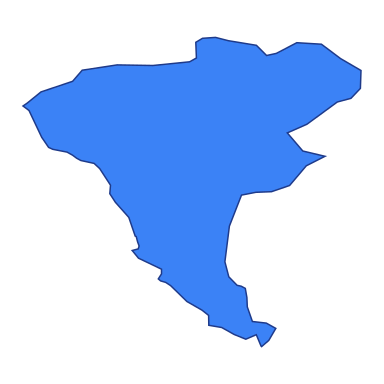 SVG path tracing the border of Ungheni
{"feature_id": "MDA-1623", "entity_name": "Ungheni", "entity_type": "District", "adm_level": 1, "iso_a3": "MDA", "parent_name": "Moldova", "parent_adm1": "", "projection": "equal_earth", "projection_center": [27.914, 47.242], "detail": "fine", "context": "isolated", "style": "filled", "palette": "blue", "viewbox_px": 384, "rotation_deg": 0, "n_neighbors": 0, "source": "natural_earth", "source_scale": "10m", "svg_char_len": 1081}
<svg xmlns="http://www.w3.org/2000/svg" viewBox="0 0 384 384"><path d="M245.8,339.2L234.2,334.5L221.7,327.5L208.8,325.3L208.6,315.4L201.9,310.1L186.9,301.5L170.6,285.6L165.7,282.4L160.6,280.9L158.3,278.9L161.5,273.9L161.5,269.2L138.5,258.2L132.2,250.5L138.2,248.9L139.1,246.0L137.6,241.9L136.2,236.5L135.2,236.1L128.8,217.4L115.4,202.3L109.8,193.7L110.5,185.2L99.7,168.6L94.1,163.4L80.8,160.5L76.6,158.2L72.6,155.2L67.0,152.1L52.7,149.3L48.6,147.4L41.7,137.3L29.0,110.5L23.0,106.0L27.2,103.1L41.0,91.9L72.6,81.3L82.2,70.2L117.1,64.9L152.9,65.5L189.6,61.8L196.4,58.0L195.8,42.3L202.5,38.3L215.5,37.4L228.4,40.7L256.4,45.3L266.6,55.5L276.3,53.4L296.8,42.7L321.4,44.2L340.6,58.6L361.0,70.5L360.4,88.4L351.0,98.3L337.3,102.0L307.0,124.2L287.3,132.9L302.8,151.0L325.0,156.3L306.3,165.8L289.6,185.5L271.5,191.7L255.9,192.3L241.5,195.1L229.4,226.1L224.9,261.8L228.8,276.8L237.1,285.3L241.2,286.2L245.3,288.4L246.9,297.5L247.3,306.9L252.4,321.5L266.3,323.1L275.8,328.4L268.8,340.4L261.6,346.6L261.0,346.0L256.3,334.7L245.8,339.2Z" fill="#3b82f6" stroke="#1e3a8a" stroke-width="1.5"/></svg>